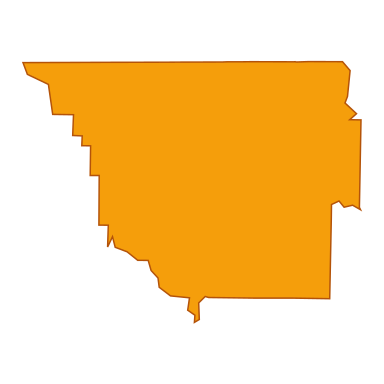 outline of Randolph, Arkansas, United States of America
{"feature_id": "52423323B52253353626941", "entity_name": "Randolph", "entity_type": "district", "adm_level": 2, "iso_a3": "USA", "parent_name": "United States of America", "parent_adm1": "Arkansas", "projection": "equal_earth", "projection_center": [-91.061, 36.307], "detail": "fine", "context": "isolated", "style": "filled", "palette": "amber", "viewbox_px": 384, "rotation_deg": 0, "n_neighbors": 0, "source": "geoboundaries", "source_scale": "gbopen_adm2", "svg_char_len": 876}
<svg xmlns="http://www.w3.org/2000/svg" viewBox="0 0 384 384"><path d="M167.0,62.2L120.4,62.3L119.7,62.3L115.3,62.3L24.2,62.6L23.0,62.6L27.4,74.4L48.4,84.4L52.7,114.4L73.5,114.7L72.7,135.5L82.2,135.9L81.8,145.7L90.6,145.8L90.2,175.5L99.2,175.5L98.9,225.1L108.3,225.2L107.6,247.0L112.5,236.7L115.2,247.3L127.1,251.8L137.7,260.3L148.2,260.4L151.1,270.5L158.0,278.0L159.2,287.3L170.5,295.9L189.5,297.8L187.7,310.2L194.9,315.2L194.4,322.4L199.3,319.5L198.7,302.9L205.2,296.5L208.7,297.5L254.4,298.1L292.4,298.1L329.7,298.7L331.3,219.0L331.5,204.5L339.0,201.0L344.1,207.2L352.6,205.2L360.5,209.7L359.4,207.4L361.0,119.9L349.7,119.7L356.5,113.7L345.0,103.0L347.5,96.4L350.1,70.6L342.5,61.7L308.7,61.6L296.7,62.0L295.2,61.8L295.1,61.7L293.9,61.8L252.1,61.7L250.9,61.7L241.5,61.8L227.5,61.8L222.7,62.0L182.7,62.1L167.0,62.2Z" fill="#f59e0b" stroke="#b45309" stroke-width="1.5"/></svg>